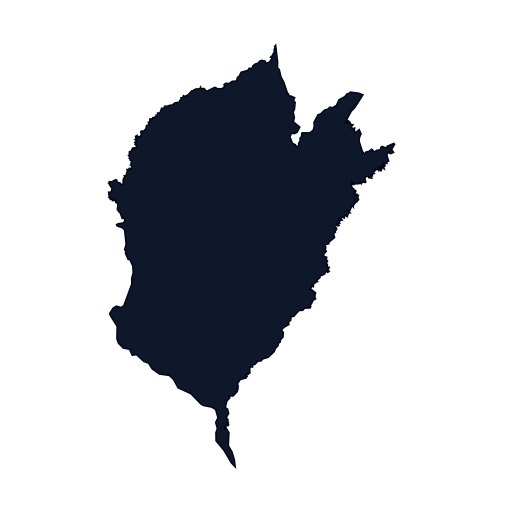 outline of Maní, Casanare, Colombia, rotated 82°
{"feature_id": "7082276B29021161154313", "entity_name": "Maní", "entity_type": "district", "adm_level": 2, "iso_a3": "COL", "parent_name": "Colombia", "parent_adm1": "Casanare", "projection": "mercator", "projection_center": [-72.273, 4.724], "detail": "fine", "context": "isolated", "style": "filled", "palette": "ink", "viewbox_px": 512, "rotation_deg": 82, "n_neighbors": 0, "source": "geoboundaries", "source_scale": "gbopen_adm2", "svg_char_len": 6097}
<svg xmlns="http://www.w3.org/2000/svg" viewBox="0 0 512 512"><g transform="rotate(82 256 256)"><path d="M286.2,401.2L287.8,404.9L292.5,408.8L294.6,408.6L306.4,403.3L318.7,405.3L323.2,404.4L328.8,400.2L330.7,394.2L337.0,392.4L337.1,388.0L344.9,381.7L347.2,377.3L353.4,374.5L359.5,368.0L362.2,358.5L366.5,355.0L375.7,351.5L383.4,339.6L394.9,331.2L396.8,328.8L399.4,321.1L402.3,317.4L410.9,316.2L415.2,319.1L421.5,318.3L425.4,320.3L433.5,321.3L444.0,314.8L457.3,309.3L462.0,305.9L454.5,305.8L446.4,307.1L440.1,309.8L427.1,307.4L422.3,309.5L423.0,310.0L420.9,309.9L422.4,310.9L421.5,311.3L420.4,310.2L419.9,307.0L418.9,306.5L418.5,307.2L416.8,306.5L416.0,307.4L414.4,306.4L413.9,307.3L411.3,307.5L408.0,305.0L403.8,305.4L401.6,307.5L395.4,304.9L392.9,301.7L390.7,301.9L391.5,298.3L387.7,293.5L384.9,292.3L384.5,293.4L383.0,291.7L379.8,292.1L376.2,288.8L375.3,282.6L374.3,282.6L374.1,281.6L372.9,282.3L372.0,280.0L370.9,279.7L371.1,278.3L366.6,277.9L365.0,276.8L365.5,274.8L363.1,274.5L363.3,272.4L360.4,268.6L360.7,265.8L358.8,263.4L358.0,258.0L353.2,251.2L350.4,249.8L347.7,246.5L345.8,246.3L344.4,243.8L342.7,243.7L340.0,240.5L335.5,239.6L332.9,241.1L330.6,238.3L328.4,233.0L326.2,233.1L324.4,230.5L321.0,229.7L321.0,226.9L316.0,221.1L316.3,217.2L314.4,215.2L315.0,209.7L313.5,208.7L311.6,209.2L311.3,207.9L307.8,205.6L306.7,202.9L304.5,203.5L300.8,202.1L296.3,206.3L296.7,207.4L296.0,207.3L294.8,205.5L293.2,205.0L294.4,203.5L291.4,202.7L290.5,200.2L289.6,200.0L289.8,198.7L288.7,199.3L286.2,195.6L284.8,195.5L283.5,190.5L280.8,189.0L282.2,187.2L281.3,185.6L280.4,186.8L277.3,185.0L276.8,187.2L274.1,186.4L273.0,187.9L271.1,185.8L269.6,186.8L267.0,186.2L265.6,189.0L263.4,188.5L261.1,185.7L259.6,186.5L257.0,185.7L254.3,186.1L254.0,182.1L252.7,182.2L248.6,175.6L244.7,176.1L243.4,174.0L242.6,174.3L240.7,172.3L239.0,172.6L238.7,174.0L236.7,173.6L236.9,172.2L235.5,171.2L237.6,170.8L237.4,169.4L235.2,170.2L235.2,168.5L233.7,169.0L232.7,167.5L231.9,168.9L230.3,168.9L230.0,167.9L232.0,167.8L232.5,165.7L230.3,166.7L229.4,165.5L230.7,163.3L229.0,163.1L228.5,161.5L229.9,160.3L226.0,158.2L226.2,156.9L223.6,159.1L224.2,156.8L220.4,154.4L220.0,153.4L221.0,152.8L219.7,152.7L217.0,150.1L214.4,151.0L213.8,149.9L216.4,148.7L214.4,146.5L212.1,147.2L210.3,146.2L210.3,147.4L208.9,147.3L208.3,149.9L205.7,148.0L201.8,151.2L198.7,152.3L198.8,149.2L197.1,149.8L197.5,151.3L196.0,151.0L196.0,149.5L198.0,148.7L198.6,146.9L198.7,143.8L197.3,143.5L199.0,141.9L196.3,141.6L198.4,141.0L197.5,139.9L198.5,137.8L198.0,136.9L194.8,137.5L192.8,136.4L192.5,133.6L194.1,133.5L195.0,130.4L191.4,131.0L192.5,129.6L191.1,129.6L190.8,127.4L189.4,128.4L187.3,125.0L187.0,126.1L185.6,126.0L185.4,124.5L188.6,122.5L187.6,121.6L187.1,122.9L186.1,122.9L184.6,121.1L185.7,120.0L186.2,121.6L189.0,120.4L188.0,119.5L184.2,119.5L183.3,118.3L186.7,117.9L187.6,116.9L185.5,117.2L184.7,115.8L183.9,117.0L181.9,116.9L183.2,115.6L181.5,115.2L182.5,113.4L180.9,113.2L180.5,111.4L174.4,112.4L172.1,110.9L171.4,109.3L172.6,109.5L173.4,108.4L172.6,105.3L169.3,106.8L164.7,103.2L163.6,103.8L165.6,110.9L167.4,111.8L165.0,115.8L165.9,117.3L168.2,118.1L168.1,121.8L169.5,124.2L166.3,126.5L168.0,129.2L168.3,132.6L170.2,134.2L167.2,136.1L156.6,137.9L153.0,137.0L149.8,135.0L145.2,136.2L147.7,140.3L146.3,141.2L143.0,140.5L143.8,143.4L140.5,143.0L139.6,141.7L136.4,149.0L135.3,146.9L137.7,145.3L137.7,144.2L136.4,144.4L133.7,147.3L125.7,141.3L122.8,137.5L111.3,127.6L109.0,131.8L106.8,139.8L107.6,140.2L108.1,143.4L110.5,145.9L112.8,152.0L118.8,156.0L118.5,156.9L119.8,159.1L118.9,162.5L120.4,164.0L121.1,168.0L124.2,172.1L124.8,175.0L131.7,180.0L135.7,180.3L139.3,181.8L141.5,185.6L140.4,193.3L144.2,194.4L145.3,196.0L148.4,196.4L150.2,198.1L152.7,198.4L153.5,200.6L151.2,201.5L149.5,204.2L142.8,205.8L139.6,204.0L140.1,200.8L139.2,198.0L134.4,194.7L128.3,200.3L124.1,198.7L118.5,199.1L116.1,197.5L109.3,195.8L107.2,197.3L104.7,195.6L102.3,199.3L102.5,200.6L100.3,201.3L101.1,201.8L87.7,204.3L82.2,206.3L74.7,207.0L72.4,208.5L67.1,207.6L50.0,207.2L51.2,208.5L52.4,208.0L53.9,209.3L56.2,209.4L59.9,212.1L61.1,214.0L62.3,212.5L65.9,215.8L66.4,219.3L64.2,219.8L63.0,223.2L63.7,225.6L65.3,226.8L65.7,230.0L67.3,232.7L69.6,233.8L69.1,236.6L71.0,238.3L71.9,245.1L75.8,247.9L76.6,249.6L80.0,250.9L79.7,255.3L81.4,258.6L80.8,262.2L81.9,263.9L83.2,263.1L85.5,265.9L85.2,270.3L83.2,273.3L86.1,282.1L83.0,284.0L82.3,287.6L81.3,287.5L82.6,288.5L82.2,292.3L83.0,294.8L84.1,295.3L83.4,296.5L88.3,302.6L87.5,302.6L88.0,304.4L87.1,305.5L89.0,306.7L88.9,308.3L90.1,308.1L91.5,310.0L92.8,309.9L93.1,315.2L95.3,318.5L94.6,319.3L95.4,324.1L94.8,325.3L97.0,327.1L96.5,328.9L100.9,331.2L100.7,333.6L102.6,333.7L102.6,335.0L103.6,334.6L103.6,336.1L104.9,337.5L104.6,339.0L106.8,339.6L106.5,340.9L105.6,340.3L105.5,342.0L108.4,342.6L108.6,344.1L111.3,343.5L111.5,346.2L114.7,347.4L117.1,350.5L116.2,351.3L116.5,352.2L117.7,351.9L117.1,352.8L119.6,352.7L121.6,353.9L121.3,356.3L122.2,356.4L121.7,357.6L120.1,357.1L120.7,358.7L123.4,358.6L123.9,359.6L124.6,358.0L126.7,360.2L127.1,359.3L128.6,360.2L128.7,359.5L132.4,359.2L132.0,361.0L133.0,361.3L131.8,362.0L132.1,363.4L134.7,364.9L135.2,366.9L138.8,367.5L138.8,368.2L140.7,367.3L141.7,367.9L142.0,366.9L143.3,367.4L144.6,366.4L144.6,365.2L146.7,367.0L148.4,365.9L148.6,367.5L149.8,365.9L150.3,366.7L151.2,366.1L152.6,367.4L151.8,367.8L152.9,369.0L151.7,369.5L152.6,370.2L152.4,371.7L154.1,371.6L158.5,373.8L158.3,375.2L159.0,374.9L161.5,376.8L166.1,377.6L166.8,379.0L164.6,380.7L163.5,383.6L161.7,383.2L160.8,384.3L162.5,388.7L161.9,390.9L163.7,390.9L163.5,391.8L169.2,389.2L172.5,390.5L172.3,393.1L176.1,393.1L176.4,392.2L177.3,393.5L178.1,392.1L178.8,392.8L179.9,392.1L179.5,389.9L181.2,390.4L181.3,387.3L183.3,387.5L183.9,386.2L186.2,385.7L190.9,386.9L191.2,385.7L192.5,386.1L194.5,384.5L200.1,383.3L200.7,380.9L203.2,381.1L204.8,382.8L204.8,388.0L205.6,389.8L207.0,389.3L209.5,384.3L211.9,382.5L226.3,383.0L231.4,385.2L233.1,384.3L235.3,384.9L241.6,383.1L242.2,381.3L249.0,379.4L255.7,380.0L260.5,382.1L266.6,383.0L286.8,393.8L288.2,396.8L286.2,401.2Z" fill="#0f172a" stroke="#020617" stroke-width="1.5"/></g></svg>